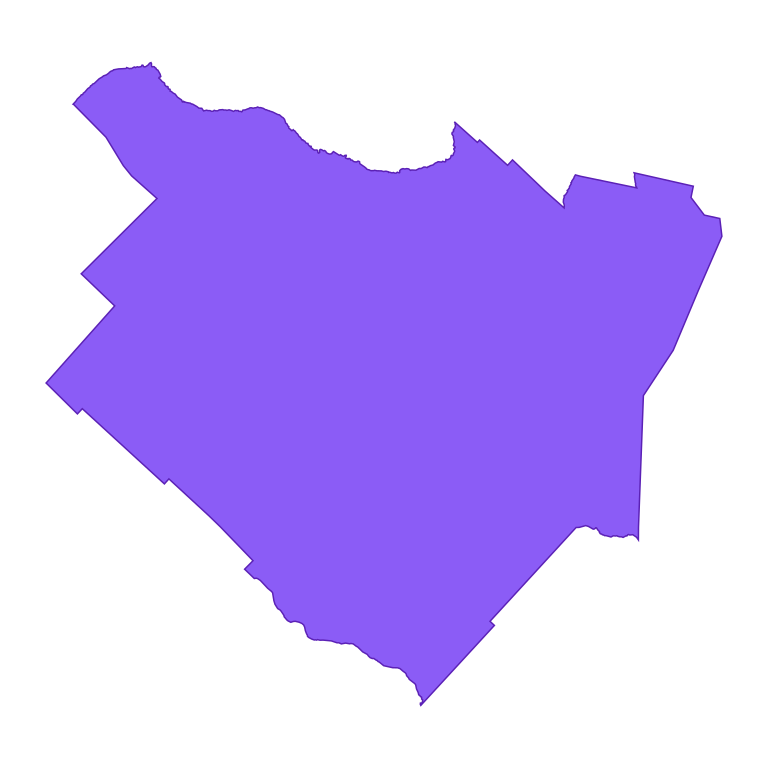 the district of Pergamino, Buenos Aires, Argentina
{"feature_id": "61730980B1305894445547", "entity_name": "Pergamino", "entity_type": "district", "adm_level": 2, "iso_a3": "ARG", "parent_name": "Argentina", "parent_adm1": "Buenos Aires", "projection": "orthographic", "projection_center": [-60.595, -33.858], "detail": "fine", "context": "isolated", "style": "filled", "palette": "violet", "viewbox_px": 768, "rotation_deg": 0, "n_neighbors": 0, "source": "geoboundaries", "source_scale": "gbopen_adm2", "svg_char_len": 6033}
<svg xmlns="http://www.w3.org/2000/svg" viewBox="0 0 768 768"><path d="M454.4,121.8L455.1,123.1L455.1,124.2L455.5,125.2L455.4,126.1L454.7,128.3L453.4,129.9L453.3,130.3L453.7,130.8L453.5,131.6L452.2,132.4L451.9,134.0L453.4,136.3L453.3,137.5L454.3,141.7L453.4,145.5L455.1,147.0L454.9,147.9L454.4,147.9L453.8,148.6L453.8,149.2L454.6,150.7L454.6,151.6L453.4,153.7L453.4,154.5L452.8,155.5L452.5,155.7L451.4,155.4L451.1,155.7L450.7,157.3L450.0,158.6L447.8,159.7L445.9,159.4L445.6,161.6L444.9,161.9L442.6,161.3L441.7,162.1L438.0,161.7L437.6,162.1L435.2,163.1L432.9,165.0L430.2,165.7L429.2,166.5L428.1,166.6L427.6,167.4L427.1,167.6L425.5,167.1L423.8,167.0L421.2,168.5L419.1,168.5L416.0,170.2L411.6,170.0L410.6,170.4L408.7,168.9L408.1,168.8L406.7,168.6L404.8,169.0L403.0,168.6L402.5,168.9L402.0,168.8L401.4,169.4L400.8,169.4L399.7,170.7L399.8,171.9L399.6,172.6L399.2,172.8L397.3,172.2L396.1,173.1L395.0,173.2L393.3,172.5L392.7,172.8L391.5,172.8L389.7,172.2L388.6,172.4L388.4,171.8L386.0,171.2L383.4,171.5L381.4,170.9L377.0,170.8L374.6,170.3L373.9,170.6L371.5,170.7L370.3,170.5L369.1,169.8L367.9,169.6L366.6,169.0L366.3,168.4L364.5,166.9L360.1,163.9L359.7,163.3L359.6,161.8L359.0,161.4L358.0,161.1L356.8,161.9L355.3,161.9L353.6,161.5L352.1,160.1L350.7,160.0L350.4,159.1L349.4,158.5L348.7,158.5L348.0,159.1L347.2,158.5L346.3,158.5L345.5,158.0L345.4,157.6L346.2,156.2L346.3,155.6L346.1,155.2L344.6,155.5L344.0,156.2L343.0,156.2L341.4,155.4L340.7,154.7L339.3,155.3L333.5,151.6L332.3,152.6L331.9,153.5L331.3,153.8L329.6,154.1L327.6,153.4L326.4,152.6L325.8,151.4L324.6,150.5L323.3,150.8L321.8,149.8L320.6,149.4L320.0,149.6L319.6,150.4L319.7,152.2L319.4,152.7L318.4,153.1L317.9,152.5L317.5,150.4L316.9,150.0L314.4,150.1L313.1,149.3L311.0,147.5L310.8,146.9L311.2,146.6L311.1,146.3L310.4,146.2L310.3,146.7L309.0,145.6L308.0,144.2L308.0,143.5L306.1,143.1L304.7,141.1L303.3,140.6L302.9,139.8L302.3,139.7L302.0,139.9L301.7,139.6L300.3,137.3L299.1,136.6L297.8,134.3L297.2,133.6L296.7,133.4L294.9,131.0L293.7,130.3L293.2,129.7L292.2,130.6L291.4,130.6L291.0,129.8L288.9,128.2L288.7,127.6L288.8,126.6L288.2,126.3L287.7,125.5L287.0,123.9L285.8,123.2L284.5,119.3L283.1,117.7L281.9,117.0L279.5,114.9L277.7,114.5L272.7,112.0L269.5,111.0L269.0,110.6L268.2,110.6L266.5,109.8L265.5,109.7L263.4,108.4L260.7,107.6L259.3,107.7L257.6,107.0L256.1,107.7L254.1,107.9L253.0,108.3L251.9,107.8L250.3,107.8L249.3,108.1L249.0,108.6L247.6,108.9L245.2,109.9L242.9,110.1L242.1,111.6L241.5,111.8L240.9,111.4L238.7,111.3L238.5,110.8L238.1,110.5L236.8,110.7L235.3,110.4L233.4,111.4L231.7,110.6L229.1,109.8L226.8,110.4L226.0,110.0L223.6,110.0L222.9,109.6L219.2,109.9L217.7,110.8L215.6,110.8L214.2,110.3L213.3,111.1L212.2,111.3L211.5,111.3L210.0,110.6L208.0,110.6L206.6,110.2L203.6,110.9L201.8,108.3L198.8,108.1L197.0,106.6L192.6,104.1L191.5,104.0L190.4,103.2L186.3,102.5L184.7,101.9L184.3,102.2L183.8,101.9L183.8,101.5L183.3,101.3L182.8,101.9L182.4,101.9L181.5,99.9L177.4,97.1L175.2,94.1L173.4,93.2L171.2,91.4L170.1,91.1L170.1,89.5L169.9,89.2L168.5,89.0L168.1,88.1L168.1,87.0L167.6,86.5L166.4,86.6L164.6,84.7L164.7,83.9L164.4,83.0L162.1,81.5L160.1,79.1L158.8,78.1L159.0,77.5L159.5,77.1L160.2,77.1L160.8,76.5L160.1,74.1L157.9,70.2L156.3,69.3L156.1,68.4L155.6,67.9L154.8,67.6L154.5,66.9L153.8,66.6L152.1,66.8L151.7,66.6L151.5,65.5L151.5,63.6L151.0,62.6L149.6,63.2L148.0,65.1L145.8,66.6L144.8,66.9L143.5,66.6L143.0,65.3L142.1,65.1L141.1,66.6L138.3,67.2L137.8,66.8L137.2,66.8L135.3,67.6L134.7,67.0L133.8,67.2L131.6,68.5L130.0,68.4L129.3,68.7L128.4,68.2L126.6,67.6L126.4,68.1L125.8,68.5L118.5,68.9L113.6,69.8L112.6,70.7L111.1,71.1L109.3,72.4L108.9,73.0L106.5,74.8L103.5,75.9L102.0,77.1L99.1,78.8L94.2,83.5L92.6,84.1L91.5,85.5L90.6,85.8L89.9,87.2L87.8,88.6L84.8,92.1L83.3,93.2L82.6,94.6L81.3,94.8L80.4,96.1L77.4,98.9L75.8,101.3L73.1,104.2L73.6,104.4L106.0,137.2L123.3,165.6L131.6,175.9L157.0,198.5L81.2,273.8L114.7,305.9L46.1,383.0L77.4,413.9L82.3,408.7L164.4,483.9L168.9,478.9L208.5,515.4L220.2,526.7L253.0,560.7L244.6,569.2L254.3,578.5L256.3,578.2L257.6,578.6L260.3,580.4L267.8,588.4L271.6,591.5L272.6,592.8L273.9,600.7L275.0,604.3L277.7,608.6L280.1,610.0L280.9,610.9L283.4,614.6L284.1,615.8L284.1,616.7L287.0,620.1L288.0,620.9L290.8,622.3L293.2,621.5L295.2,621.3L299.1,622.2L302.0,623.5L303.7,625.0L304.7,627.3L305.4,630.8L306.7,634.1L307.3,634.9L307.5,636.3L308.6,637.4L311.5,639.0L314.3,640.0L315.3,639.8L316.7,640.1L317.5,639.6L320.0,640.2L323.0,640.1L331.3,640.9L337.0,642.8L339.0,642.8L341.3,643.9L345.6,643.1L349.6,643.8L351.0,643.5L353.2,643.9L356.3,646.3L357.6,646.9L362.7,651.9L367.3,654.4L368.5,656.1L370.2,657.7L372.2,658.5L373.9,658.5L376.4,660.3L377.2,660.5L378.0,661.5L379.3,662.1L383.7,665.7L392.7,667.7L397.6,667.8L400.0,668.6L402.9,671.1L405.5,673.0L406.3,674.3L406.6,675.7L408.5,677.8L409.3,679.4L414.9,683.7L415.7,684.9L416.5,688.9L418.2,692.6L418.7,694.8L419.9,695.6L420.5,696.7L421.5,697.0L421.7,697.8L421.6,699.0L422.7,699.9L422.4,701.4L422.6,702.2L422.2,702.8L420.4,703.1L420.3,704.3L420.8,705.4L494.4,625.4L490.0,621.3L576.1,527.5L579.2,527.4L585.7,525.6L588.4,526.4L593.1,529.1L594.0,529.1L595.1,528.5L595.7,527.8L596.5,527.9L597.7,529.8L599.5,531.7L599.4,532.4L600.4,533.8L601.7,534.1L602.4,534.8L603.3,534.9L604.8,535.7L605.9,535.6L611.0,537.0L613.3,535.8L615.8,536.0L616.8,535.7L617.8,536.3L619.6,536.8L621.5,536.8L623.1,537.4L626.1,535.8L626.8,536.0L627.9,534.7L628.5,534.5L629.7,535.0L632.8,534.7L636.5,537.2L638.4,539.9L638.5,527.0L643.4,395.6L673.2,350.3L698.4,290.3L721.9,236.3L719.8,218.5L704.3,215.1L691.0,197.5L693.3,186.2L634.1,172.8L634.8,174.6L634.4,176.6L635.3,182.5L635.7,183.7L635.5,184.8L635.8,186.1L636.5,187.0L636.8,187.9L580.7,176.3L575.4,174.9L574.2,176.9L573.8,178.2L571.8,181.1L571.6,182.2L570.9,182.8L571.2,183.8L569.5,186.5L569.3,188.2L568.6,188.8L568.4,189.5L567.2,190.4L567.6,191.3L567.5,191.8L565.4,194.9L564.4,195.4L564.0,195.9L564.3,197.0L563.5,199.4L563.3,202.2L564.1,204.4L564.3,205.9L564.1,207.9L545.0,191.0L512.5,159.9L507.6,165.3L479.6,140.0L477.4,142.4L454.4,121.8Z" fill="#8b5cf6" stroke="#5b21b6" stroke-width="1.5"/></svg>